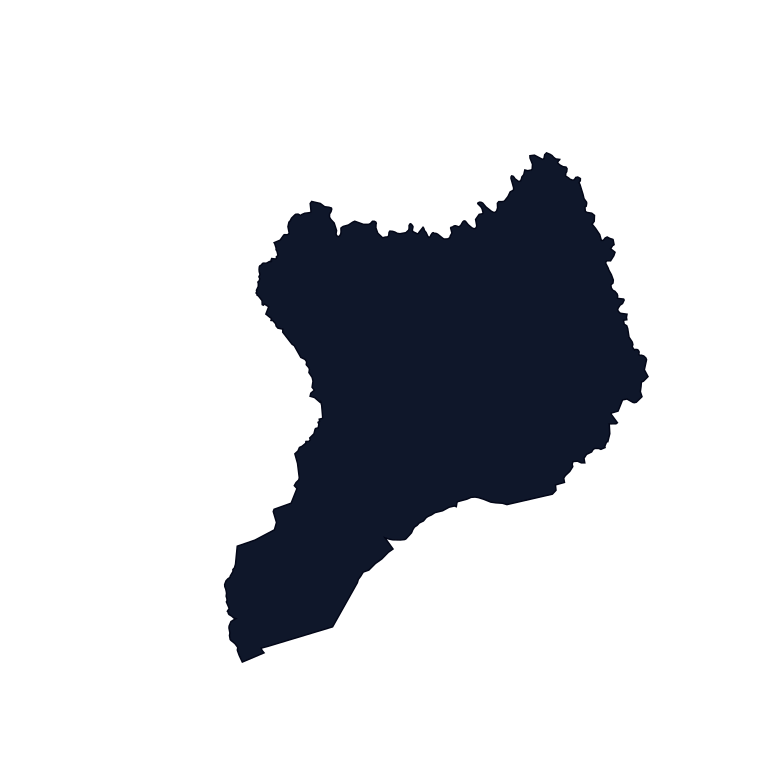 Otzoloapan, México, Mexico (Natural Earth projection), rotated 143°
{"feature_id": "50627088B59132907340697", "entity_name": "Otzoloapan", "entity_type": "district", "adm_level": 2, "iso_a3": "MEX", "parent_name": "Mexico", "parent_adm1": "México", "projection": "natural_earth1", "projection_center": [-100.312, 19.099], "detail": "fine", "context": "isolated", "style": "filled", "palette": "ink", "viewbox_px": 768, "rotation_deg": 143, "n_neighbors": 0, "source": "geoboundaries", "source_scale": "gbopen_adm2", "svg_char_len": 6171}
<svg xmlns="http://www.w3.org/2000/svg" viewBox="0 0 768 768"><g transform="rotate(143 384 384)"><path d="M641.6,241.5L641.7,244.8L641.1,247.0L634.5,244.3L571.2,221.0L524.9,241.3L522.1,243.4L518.3,244.5L513.8,246.3L508.1,244.5L498.9,245.8L491.0,245.6L481.9,247.0L476.1,246.8L475.8,260.7L473.2,257.0L470.9,254.4L464.8,249.6L461.2,247.4L459.8,247.1L451.6,248.6L448.7,250.3L445.8,251.4L442.6,251.2L439.6,251.8L434.9,250.9L430.6,251.9L428.3,251.7L425.0,250.9L420.7,250.6L413.5,247.5L406.1,246.4L401.2,244.2L400.1,242.5L397.0,245.5L396.0,245.7L387.0,242.1L382.7,241.1L379.3,238.9L377.0,236.5L373.8,232.0L369.8,225.4L366.2,221.8L361.2,217.5L358.4,213.7L315.8,194.7L310.6,195.6L307.8,200.2L299.1,196.8L297.1,200.7L294.3,201.7L288.2,202.4L283.0,204.4L281.9,206.8L279.7,208.3L275.9,205.9L273.9,202.3L271.1,200.2L269.0,204.3L264.6,205.9L259.1,204.8L256.5,205.8L254.5,205.7L251.3,203.3L250.1,201.3L245.7,200.2L245.1,201.4L241.1,203.8L240.0,203.2L233.6,208.4L228.1,216.6L222.6,212.6L220.9,212.6L220.8,222.9L220.2,224.1L213.4,221.5L203.1,227.7L199.0,225.8L196.2,219.4L195.3,218.4L193.5,217.6L185.6,218.6L183.9,223.6L180.4,227.1L177.3,230.6L175.1,230.1L168.7,231.0L167.5,238.7L159.7,245.4L159.2,247.3L159.7,250.1L161.1,252.1L162.5,253.0L162.7,254.3L160.9,256.1L160.6,258.0L161.1,259.2L162.7,260.5L163.5,260.4L163.6,262.3L163.2,264.6L161.6,265.6L160.5,268.0L160.1,274.0L156.0,281.6L155.1,284.4L156.2,287.2L154.4,290.8L151.4,289.2L150.2,291.4L147.9,293.5L152.7,298.3L153.0,300.2L153.0,301.9L152.7,302.7L151.3,303.7L148.0,304.9L145.1,304.7L141.7,306.5L141.5,307.6L146.0,311.9L144.3,313.8L143.6,315.5L143.8,319.1L144.8,321.1L144.7,323.7L143.5,326.2L142.3,326.7L140.4,326.8L138.3,329.0L136.6,334.5L135.9,339.5L135.2,341.7L134.3,346.9L133.1,348.2L131.7,348.2L128.9,346.0L123.3,348.1L120.2,350.2L121.6,355.6L118.3,356.9L116.4,356.8L114.2,361.3L114.2,361.8L116.0,364.3L117.3,367.1L119.5,367.5L122.4,366.7L124.0,367.9L121.8,373.5L121.4,381.1L121.6,386.4L118.2,387.4L114.4,392.0L115.3,395.4L118.9,399.2L119.2,400.9L117.1,404.3L115.5,404.3L113.5,406.2L112.8,407.3L112.7,411.7L110.9,415.8L107.4,425.5L107.1,427.5L104.9,428.2L103.5,429.9L104.7,432.7L106.7,433.6L107.4,433.1L109.7,432.7L110.7,433.3L112.5,436.2L112.4,437.0L113.8,440.9L111.9,443.0L110.3,443.6L108.2,445.8L108.1,447.7L110.2,449.8L111.6,452.8L112.3,455.7L112.0,456.3L110.6,457.2L109.0,457.3L108.5,457.6L111.4,460.4L112.1,463.0L112.3,465.3L113.1,467.4L115.1,470.8L117.7,470.4L120.7,467.7L122.3,468.1L126.1,476.2L130.1,478.5L131.4,476.6L133.2,470.1L136.3,466.5L137.4,466.2L140.9,467.9L142.7,470.2L146.4,467.1L149.3,466.4L150.8,465.1L152.7,464.0L154.6,464.6L155.9,469.2L155.7,470.6L155.9,472.3L156.8,473.4L157.8,473.0L158.8,471.9L162.5,462.5L164.1,460.9L167.6,461.5L172.2,459.1L177.9,457.6L179.8,458.5L182.6,460.6L184.7,460.1L187.3,456.3L189.7,454.6L190.7,454.3L191.9,454.2L192.6,454.7L193.4,455.4L194.3,457.4L196.0,464.0L196.3,469.1L197.1,470.7L198.2,471.7L199.9,472.1L200.6,471.6L200.0,467.2L200.2,465.0L201.8,461.2L202.7,460.6L205.9,462.2L211.8,460.3L214.6,454.8L215.7,453.7L217.4,453.2L218.8,454.0L219.8,455.8L220.9,460.6L221.0,464.9L221.4,465.7L222.4,466.2L223.7,466.0L226.9,464.6L229.5,464.3L231.5,467.2L232.3,467.8L233.6,468.2L234.6,468.1L236.3,468.8L236.9,468.5L238.9,463.7L241.9,462.4L243.5,461.2L245.9,461.6L248.6,463.5L249.2,464.5L251.0,471.5L251.9,473.1L253.4,474.3L253.5,475.1L254.0,475.4L254.8,475.4L257.2,474.6L257.4,474.2L259.3,473.8L260.0,474.0L260.1,475.7L259.2,479.7L259.3,482.2L258.5,484.4L258.5,485.7L265.0,484.0L265.6,483.5L266.9,483.8L269.3,488.5L268.6,490.0L266.2,492.1L265.9,493.6L266.2,495.9L267.0,496.2L268.6,495.5L270.2,493.3L271.6,492.1L275.5,491.7L280.8,494.4L282.8,496.4L283.8,498.7L285.2,500.7L287.3,502.6L288.7,502.1L291.0,499.6L292.6,499.3L294.6,500.6L297.1,501.6L298.2,508.2L296.5,513.6L294.4,516.2L293.4,517.0L293.1,518.3L293.9,519.9L295.3,520.9L298.4,520.3L300.2,520.8L304.3,523.8L309.4,531.6L311.6,532.1L316.7,532.4L321.8,534.4L323.9,534.5L324.6,534.4L326.8,531.3L328.2,529.9L330.2,529.0L331.6,529.0L332.5,530.6L332.1,532.6L329.5,535.1L326.9,542.6L327.4,547.4L327.1,550.0L325.2,552.5L322.6,553.5L320.5,555.1L320.1,556.2L321.6,558.3L324.7,561.3L326.2,566.5L331.9,573.3L334.3,572.6L338.5,565.6L339.3,565.3L340.3,565.6L344.6,568.1L347.5,568.8L349.2,568.8L350.4,571.4L352.4,572.7L353.6,572.7L358.1,572.1L360.6,570.8L362.5,570.5L366.0,567.5L368.9,561.6L370.0,561.2L371.4,561.4L373.8,563.3L374.7,563.2L380.4,561.4L386.7,563.0L386.9,561.6L388.3,557.6L389.4,556.2L389.6,554.3L391.3,550.5L393.5,550.3L394.0,549.2L395.3,549.0L398.2,551.8L399.9,550.7L399.9,549.9L400.7,549.8L401.8,550.8L404.5,551.1L405.6,551.5L407.8,553.3L409.4,553.2L409.9,552.8L412.0,553.1L413.1,552.6L414.8,550.7L416.1,548.7L417.1,546.1L419.4,544.9L419.8,542.9L421.4,541.6L423.4,541.3L424.0,539.8L425.7,537.6L429.5,535.6L429.6,535.0L430.2,534.3L431.4,533.7L431.1,533.0L431.9,531.3L431.3,530.0L431.2,524.0L433.5,520.7L433.0,519.6L431.4,519.8L429.6,515.1L436.3,510.9L434.5,504.0L436.0,502.8L434.6,501.5L434.3,497.4L435.3,495.1L435.1,492.4L431.8,488.7L433.7,486.3L433.5,471.1L432.6,468.7L434.4,455.3L432.3,451.2L432.4,448.3L434.5,446.2L434.2,442.2L434.9,440.4L437.1,438.3L437.4,432.5L439.0,429.0L443.4,424.7L443.3,421.0L448.0,420.7L450.4,418.7L447.6,415.0L446.1,408.0L445.1,408.2L446.6,404.5L453.3,393.9L454.2,393.7L456.9,394.9L458.0,392.9L459.7,393.1L460.3,391.0L463.0,388.6L465.3,389.6L466.2,389.4L469.9,386.4L475.8,385.6L476.4,383.8L478.7,383.4L480.8,385.1L481.4,384.8L481.8,383.8L487.0,383.6L489.7,384.2L493.0,382.3L497.2,381.9L500.8,372.7L508.1,360.1L509.8,358.7L513.6,358.2L516.8,356.8L516.4,352.9L529.9,344.7L547.2,350.1L549.2,348.8L553.2,338.1L559.3,333.5L581.0,337.0L598.8,342.8L611.1,329.4L614.1,327.2L616.3,326.8L617.4,325.2L622.2,323.2L623.6,322.2L625.8,322.4L628.6,321.9L631.9,319.8L633.1,318.0L633.8,315.5L635.0,312.9L635.8,311.5L637.8,309.5L638.7,307.0L639.4,306.0L640.1,305.2L641.0,304.9L642.7,297.9L645.9,296.8L645.8,295.9L646.4,294.3L646.5,293.2L645.3,290.2L644.7,287.2L643.5,285.8L649.1,286.4L653.4,283.9L654.7,282.4L656.9,277.9L658.8,276.1L660.6,272.5L660.5,271.2L659.3,266.5L659.3,262.0L659.6,261.3L661.2,259.9L661.6,258.9L663.0,254.3L664.5,247.2L641.6,241.5Z" fill="#0f172a" stroke="#020617" stroke-width="1.5"/></g></svg>